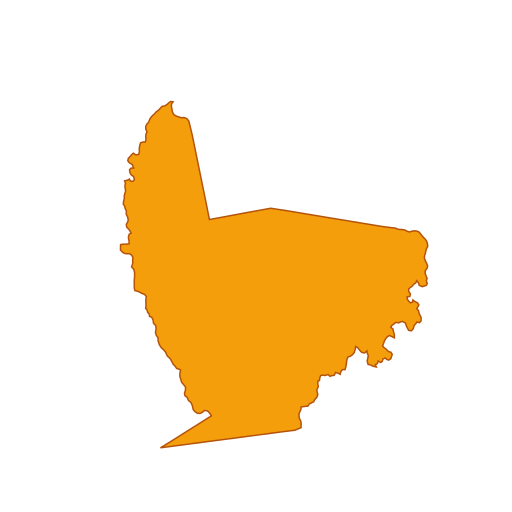 Aracatu, Bahia, Brazil, rotated 337°
{"feature_id": "56859067B11961587384233", "entity_name": "Aracatu", "entity_type": "district", "adm_level": 2, "iso_a3": "BRA", "parent_name": "Brazil", "parent_adm1": "Bahia", "projection": "equal_earth", "projection_center": [-41.359, -14.328], "detail": "fine", "context": "isolated", "style": "filled", "palette": "amber", "viewbox_px": 512, "rotation_deg": 337, "n_neighbors": 0, "source": "geoboundaries", "source_scale": "gbopen_adm2", "svg_char_len": 4294}
<svg xmlns="http://www.w3.org/2000/svg" viewBox="0 0 512 512"><g transform="rotate(337 256 256)"><path d="M239.9,81.7L237.8,80.4L235.9,80.8L233.4,81.7L230.9,82.2L228.0,81.6L226.1,82.4L223.2,83.7L220.5,84.3L218.1,85.5L215.6,86.3L213.8,87.2L212.2,88.1L210.6,89.7L209.2,91.0L206.8,92.1L205.1,93.7L204.1,96.1L204.2,99.0L202.4,100.8L201.1,103.1L200.2,105.9L198.6,107.8L196.4,106.9L194.0,106.7L192.2,108.8L190.5,111.5L189.5,114.2L187.7,116.7L184.8,115.9L183.3,113.4L181.0,114.2L178.9,115.3L176.6,116.2L175.2,118.3L175.8,120.6L177.8,123.5L177.8,127.2L175.2,126.3L173.3,127.2L172.5,129.9L172.8,132.5L174.4,135.1L173.9,138.2L171.7,139.2L169.7,138.0L169.5,135.7L167.0,136.0L164.5,135.4L164.2,138.1L162.6,140.4L161.9,143.4L161.1,145.7L159.6,147.3L158.3,149.1L157.2,151.7L155.2,154.3L154.1,156.4L154.6,158.8L154.1,161.2L154.3,163.9L152.9,166.7L153.1,169.8L152.4,173.2L150.4,175.2L148.9,176.3L148.3,178.8L149.6,182.5L150.0,186.2L147.8,186.4L146.1,188.4L145.4,190.4L145.0,192.8L143.8,195.2L141.2,194.4L138.4,193.2L135.8,192.6L134.8,194.8L133.6,197.4L134.3,199.7L135.6,201.9L137.6,203.3L140.0,204.2L141.7,206.2L142.2,209.0L140.9,211.6L139.6,214.7L137.2,217.4L138.3,220.4L137.8,223.7L136.9,225.8L135.9,228.1L134.7,230.3L133.3,233.4L132.5,235.5L131.5,237.8L131.0,240.5L132.7,241.8L134.5,243.4L136.1,245.6L138.4,247.8L139.2,250.5L137.4,253.4L136.1,256.8L135.0,259.4L133.9,261.2L134.7,263.2L134.2,265.3L135.0,267.5L134.4,270.0L136.0,271.5L136.3,274.5L135.4,277.8L136.5,281.1L135.4,284.4L133.6,287.0L133.2,290.0L133.9,292.9L132.7,295.8L132.4,300.0L133.0,303.4L134.3,306.2L135.2,309.3L135.3,313.4L136.9,317.0L137.3,320.9L137.5,323.3L138.5,325.9L139.0,328.5L140.6,329.8L142.0,331.5L140.1,334.3L138.9,336.9L138.6,339.9L138.2,343.0L139.0,345.7L139.9,349.2L138.6,352.0L136.5,354.4L136.0,356.8L137.4,359.3L137.4,362.6L138.9,365.4L138.9,369.0L138.2,372.9L139.0,375.4L140.6,377.9L143.0,379.0L145.5,379.0L148.1,378.0L150.8,379.6L151.9,382.3L152.5,385.7L103.4,393.7L93.1,395.2L209.1,427.4L223.8,431.6L230.4,431.6L232.0,428.1L232.7,425.5L232.5,422.0L233.8,418.2L235.8,416.2L237.4,414.8L238.5,412.6L240.9,413.2L243.1,413.8L245.0,414.5L247.2,413.0L249.5,412.9L252.2,412.7L254.0,411.1L256.7,409.9L258.8,407.6L259.2,404.5L260.0,402.6L262.3,400.6L262.9,397.9L264.0,395.4L265.8,395.4L267.0,393.2L268.8,391.3L270.6,391.6L272.9,393.0L276.1,393.3L277.1,395.7L279.0,395.7L281.3,396.4L283.8,394.3L285.6,395.9L287.3,397.8L288.7,395.7L291.2,394.3L293.5,395.4L294.8,393.9L296.6,391.3L298.2,388.5L299.5,386.5L301.2,384.9L303.6,385.1L305.5,384.8L308.7,383.3L310.8,380.7L312.5,378.2L313.9,380.3L314.6,383.2L315.7,386.1L318.1,387.7L321.0,386.7L320.4,389.2L320.5,391.5L318.7,394.1L317.3,396.0L316.8,399.6L319.0,401.1L320.4,403.0L323.4,405.2L323.3,402.6L325.7,402.5L327.4,400.4L329.1,402.7L331.0,402.4L332.6,400.4L335.1,400.4L336.1,402.5L337.6,403.7L340.0,403.2L341.5,401.5L343.0,399.6L342.5,397.2L340.6,395.7L339.4,392.6L338.1,390.4L337.4,388.2L338.8,386.8L340.6,384.8L343.3,382.6L345.6,381.6L347.8,381.3L349.7,383.4L351.4,385.4L352.6,382.6L353.0,379.2L353.6,376.8L352.2,374.3L353.9,373.0L356.6,372.4L358.8,371.7L361.2,373.3L363.5,373.1L365.4,373.6L367.3,376.0L367.1,379.6L367.4,384.0L369.8,385.6L372.4,384.3L374.5,381.7L376.6,380.8L378.3,379.6L380.5,381.3L382.7,380.1L384.0,376.8L383.7,372.6L384.2,369.6L383.4,367.3L385.1,366.0L386.8,364.7L386.3,362.1L384.4,359.9L383.3,357.8L382.0,359.6L379.9,359.5L378.9,357.2L378.4,354.7L379.2,352.6L381.7,353.4L383.3,351.3L382.7,348.0L384.0,345.8L386.1,345.3L388.4,344.6L390.4,343.5L392.6,343.2L394.2,341.5L395.1,344.0L394.8,346.8L397.1,349.2L399.6,349.5L401.4,349.5L402.9,348.3L403.1,345.4L404.7,343.6L404.8,340.7L404.9,338.3L406.0,335.7L408.6,334.2L410.1,332.2L410.2,329.4L410.0,326.6L410.2,323.6L411.5,321.3L413.3,319.3L415.2,316.4L417.6,314.5L418.4,312.6L418.9,309.7L418.4,306.6L417.4,304.4L416.6,301.7L415.6,297.9L413.8,295.9L411.9,294.8L409.5,294.1L406.8,293.9L405.0,292.5L403.1,290.2L400.6,288.6L398.7,287.8L396.7,286.5L395.5,285.0L384.1,278.4L338.3,249.4L326.2,241.7L303.9,227.5L288.2,217.8L259.9,211.4L256.9,210.8L253.0,209.9L234.8,205.9L232.2,205.3L227.4,204.2L227.9,201.6L230.8,187.7L244.6,119.5L246.9,105.6L246.0,102.5L244.0,100.5L241.2,99.5L239.2,97.8L237.6,96.4L235.5,93.6L235.4,90.3L236.1,87.8L236.4,85.6L237.8,82.9L239.9,81.7Z" fill="#f59e0b" stroke="#b45309" stroke-width="1.5"/></g></svg>